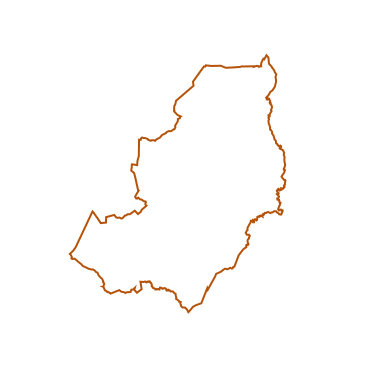 outline of Bērziņu pag., Dagdas, Latvia, rotated 327°
{"feature_id": "27541924B7947560085495", "entity_name": "Bērziņu pag.", "entity_type": "district", "adm_level": 2, "iso_a3": "LVA", "parent_name": "Latvia", "parent_adm1": "Dagdas", "projection": "orthographic", "projection_center": [27.878, 56.083], "detail": "fine", "context": "isolated", "style": "outline", "palette": "amber", "viewbox_px": 384, "rotation_deg": 327, "n_neighbors": 0, "source": "geoboundaries", "source_scale": "gbopen_adm2", "svg_char_len": 6091}
<svg xmlns="http://www.w3.org/2000/svg" viewBox="0 0 384 384"><g transform="rotate(327 192 192)"><path d="M176.1,119.3L166.8,133.1L163.2,136.2L160.6,139.6L157.9,137.0L156.6,136.1L155.5,137.7L152.7,141.0L153.8,144.5L152.5,148.5L147.6,161.5L147.9,161.8L143.8,163.8L141.7,165.0L141.6,165.3L141.7,167.2L142.7,167.7L143.3,167.3L143.9,167.5L144.4,169.8L145.6,170.9L146.7,173.7L147.9,174.6L147.7,175.7L146.9,176.0L146.1,177.1L146.4,178.7L140.1,179.5L138.4,180.7L134.7,181.1L133.8,176.5L127.8,176.8L125.8,175.6L124.2,175.8L123.1,175.2L119.3,176.1L118.2,175.7L117.3,174.0L115.3,173.0L114.6,171.8L114.3,168.9L106.3,166.3L103.2,170.8L98.5,168.4L98.5,162.9L98.1,154.4L98.0,154.1L64.3,175.0L60.3,176.6L55.8,177.4L56.1,178.6L55.8,181.2L54.7,182.0L55.1,182.9L55.5,183.2L57.3,184.0L58.4,188.0L60.0,192.8L59.9,193.9L60.1,194.5L63.7,200.3L65.4,202.1L66.9,203.2L67.6,204.8L68.0,207.0L68.8,208.2L68.3,210.9L68.8,214.4L69.3,215.7L69.1,217.9L68.9,218.6L68.5,218.8L68.3,219.7L68.5,219.9L68.4,221.2L66.2,223.0L65.7,222.8L65.9,223.1L65.9,224.5L65.4,226.9L66.0,227.8L66.1,229.0L66.9,229.6L66.9,230.2L67.6,230.7L67.9,231.8L68.3,232.2L68.4,232.9L77.6,234.7L78.4,237.1L80.7,239.3L81.1,240.4L82.8,240.6L85.7,242.3L86.0,242.4L87.9,240.9L89.6,241.7L91.8,241.3L90.3,242.6L91.0,246.5L96.8,246.1L99.9,239.2L102.4,241.1L103.9,241.5L104.2,242.5L104.8,243.1L105.6,242.8L106.3,243.5L107.3,243.4L107.7,243.9L107.4,244.0L107.3,244.4L107.8,245.1L108.1,246.1L107.9,246.4L108.0,247.0L107.9,247.7L106.9,249.0L107.3,249.8L107.0,250.5L107.2,251.7L107.9,252.2L108.3,253.0L108.1,253.5L108.4,253.7L108.7,254.2L109.7,254.2L110.1,254.9L110.9,255.0L111.6,256.0L112.2,255.3L113.2,254.7L113.9,255.4L114.4,257.0L115.2,257.0L115.6,257.5L116.6,257.5L117.4,258.8L117.0,260.8L117.4,261.0L117.5,260.6L117.8,260.5L118.2,261.4L118.9,261.0L119.2,261.3L119.1,261.9L119.8,262.6L119.7,263.4L119.8,263.6L120.9,264.4L121.7,264.8L122.2,267.4L122.8,268.4L122.0,269.8L121.2,272.3L120.6,272.7L120.5,273.3L121.2,274.6L121.7,276.1L121.4,277.0L122.6,278.1L121.4,279.3L121.2,280.7L120.7,282.0L121.2,283.7L123.2,285.1L123.3,285.7L123.8,287.7L123.5,290.8L126.0,290.2L130.3,288.8L133.8,289.1L139.2,290.4L152.5,280.9L152.1,282.5L165.3,275.5L167.7,273.8L172.6,274.6L177.6,274.2L178.6,274.9L179.6,276.1L181.4,276.4L182.3,276.2L182.8,276.4L183.5,277.8L184.4,278.2L185.6,277.4L186.9,277.7L196.7,270.5L203.4,268.1L205.8,267.8L207.5,267.9L208.0,266.8L208.8,266.0L209.3,266.1L209.6,266.7L210.4,266.9L211.0,266.4L211.2,264.8L211.9,263.3L212.9,262.3L214.5,262.0L214.9,261.2L216.6,260.3L216.5,258.9L214.7,257.7L214.8,255.5L217.0,254.3L217.9,254.2L218.4,253.1L219.2,252.2L224.8,249.2L225.6,248.3L226.0,248.9L227.4,248.6L226.7,250.6L227.4,251.2L227.8,251.0L227.9,250.2L228.3,249.5L230.0,249.1L230.2,249.4L230.4,250.9L231.1,251.0L232.6,249.3L233.3,249.0L233.2,248.5L233.3,248.4L234.5,248.7L235.1,249.6L235.8,249.5L236.0,248.9L236.4,248.9L236.9,249.4L237.6,250.7L237.7,250.2L238.2,249.8L238.8,250.3L240.0,250.1L240.0,249.8L239.5,249.6L239.7,249.2L240.7,249.5L242.0,249.2L242.9,250.0L244.0,249.9L245.0,250.3L246.3,252.4L246.9,252.3L248.6,253.0L250.4,252.8L252.1,254.1L252.2,254.4L252.1,255.3L252.8,256.7L253.1,257.8L253.0,258.2L254.4,259.5L255.0,259.3L255.6,258.7L256.2,258.5L256.3,257.9L256.6,257.5L257.8,257.3L258.0,256.7L257.1,256.2L257.4,255.7L257.3,255.4L256.3,254.8L254.9,254.8L254.9,253.3L257.6,251.2L258.4,251.0L259.2,249.9L259.9,249.7L260.4,249.1L260.2,248.8L259.8,248.8L259.7,248.4L260.7,246.1L260.2,245.8L259.5,244.9L260.0,243.8L261.2,244.1L262.4,243.3L262.5,243.0L262.3,242.0L262.9,241.3L262.2,240.8L262.0,240.0L264.0,240.0L264.0,239.5L263.6,238.4L263.9,237.0L264.3,236.9L265.3,237.3L265.5,237.1L265.4,236.7L265.5,236.5L266.3,236.4L266.5,236.7L266.3,237.5L266.5,237.9L266.4,238.5L266.7,238.6L268.0,238.2L268.2,238.3L268.0,238.6L268.4,238.9L268.7,238.7L268.5,237.7L268.8,237.4L269.4,238.3L269.8,238.3L269.7,238.6L270.0,238.8L270.8,238.7L271.6,238.0L271.9,238.3L272.4,238.2L272.6,237.8L272.4,237.2L272.5,236.8L272.8,236.5L273.6,236.5L274.4,236.1L274.8,235.0L275.5,234.5L276.6,233.2L276.6,232.7L276.0,232.5L275.8,232.1L275.8,231.2L275.4,229.3L275.5,227.8L280.1,225.8L281.9,224.2L281.9,223.9L281.2,223.7L281.1,223.4L281.7,222.5L283.7,221.2L285.1,219.7L285.6,218.1L287.0,215.2L288.7,213.1L289.1,210.9L290.6,209.4L290.8,208.9L290.7,208.0L291.0,207.3L290.9,205.9L289.6,204.1L289.3,203.1L289.5,202.9L290.2,203.3L290.8,203.1L291.5,202.4L291.6,201.5L291.4,201.2L290.2,201.3L289.7,200.5L289.4,199.5L289.6,199.1L289.7,198.4L289.2,197.6L289.1,197.0L290.2,194.8L290.2,193.9L289.9,193.1L289.9,192.4L290.3,191.7L291.1,189.1L291.0,186.6L291.6,185.9L291.9,185.0L292.0,183.3L291.5,182.2L291.9,181.4L292.6,180.6L293.1,178.6L293.5,178.0L293.5,177.0L294.3,174.9L295.3,173.5L296.2,173.0L296.4,172.5L296.4,171.6L296.8,171.0L297.3,170.8L298.2,171.0L298.6,170.7L298.5,170.3L297.9,169.6L297.9,169.3L299.6,169.2L301.1,168.2L302.4,167.8L302.8,167.4L302.8,166.5L303.0,166.2L305.1,164.7L305.9,162.9L305.8,162.3L306.1,161.6L305.6,160.5L306.4,160.0L305.9,159.2L307.2,158.2L307.1,156.8L307.5,155.9L307.0,155.4L305.7,155.6L305.2,155.2L305.2,154.8L305.8,154.7L305.9,154.2L306.6,153.9L306.5,153.5L305.9,153.8L305.7,153.2L308.8,152.5L312.2,150.7L314.9,150.6L318.8,148.8L322.5,145.4L323.7,143.3L324.7,141.0L326.8,139.2L326.7,136.6L327.2,134.7L326.9,131.1L327.1,130.0L326.4,126.4L329.3,120.9L328.9,117.9L324.8,120.1L324.4,119.1L320.6,121.3L319.2,123.0L318.5,124.3L316.9,123.3L316.3,123.5L315.8,122.1L314.7,121.4L312.1,120.7L312.4,120.3L301.9,113.7L299.9,113.1L296.8,111.2L295.8,110.8L288.3,106.4L287.6,105.7L284.9,101.8L277.0,96.9L272.5,93.3L271.4,94.0L270.4,93.2L252.9,100.0L251.2,103.7L228.3,106.8L225.7,109.4L223.9,110.3L221.2,114.1L221.5,114.3L221.0,115.1L221.0,115.5L221.9,119.8L223.7,122.4L223.2,122.4L222.0,123.5L220.0,123.1L218.5,125.0L213.9,127.2L213.3,128.7L211.3,129.8L210.8,129.4L208.1,129.6L207.1,129.3L205.7,128.3L203.4,127.9L202.3,128.4L197.8,127.9L194.9,128.9L190.9,128.5L188.9,129.0L188.7,128.8L188.8,128.3L187.6,127.4L186.1,126.5L185.3,126.6L183.7,124.3L183.7,123.3L181.8,121.0L180.7,120.3L179.8,119.1L178.4,119.3L177.4,120.3L176.1,119.3Z" fill="none" stroke="#b45309" stroke-width="2"/></g></svg>